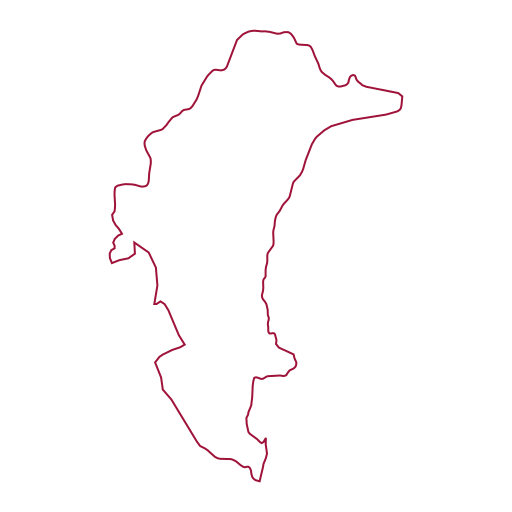 SVG path tracing the border of Yasothon
{"feature_id": "THA-428", "entity_name": "Yasothon", "entity_type": "Province", "adm_level": 1, "iso_a3": "THA", "parent_name": "Thailand", "parent_adm1": "", "projection": "natural_earth1", "projection_center": [104.368, 15.815], "detail": "fine", "context": "isolated", "style": "outline", "palette": "rose", "viewbox_px": 512, "rotation_deg": 0, "n_neighbors": 0, "source": "natural_earth", "source_scale": "10m", "svg_char_len": 3891}
<svg xmlns="http://www.w3.org/2000/svg" viewBox="0 0 512 512"><path d="M245.2,467.3L243.2,466.8L240.8,465.3L236.1,461.4L233.3,459.9L230.9,459.1L220.0,458.8L218.7,458.5L217.3,458.1L214.9,456.8L207.4,450.1L204.9,448.4L200.1,446.0L196.7,441.3L171.3,399.4L162.8,389.6L161.1,377.5L155.1,362.4L159.5,356.8L163.1,354.4L172.3,349.9L180.1,347.3L184.7,344.6L178.8,335.1L168.4,310.3L164.6,304.1L160.5,301.4L156.5,304.0L154.3,304.0L157.4,285.5L155.9,267.6L148.7,252.5L134.3,242.5L134.9,253.7L128.4,258.3L119.2,260.2L111.9,263.1L109.9,258.1L109.7,253.6L111.3,250.2L114.6,248.3L114.6,245.7L113.2,242.6L114.8,238.9L118.1,235.6L122.0,233.8L118.9,228.8L115.6,225.0L113.1,220.5L112.1,214.8L113.8,212.4L114.5,211.5L114.9,208.7L115.1,204.5L114.5,194.4L114.7,190.2L115.2,187.5L116.0,186.7L117.8,185.6L122.6,184.5L125.7,184.1L132.2,184.4L135.2,184.9L140.8,186.5L142.4,186.6L143.8,186.5L145.2,186.2L146.4,185.7L147.3,184.8L147.9,183.8L148.4,182.5L148.8,180.2L149.2,173.2L150.8,163.3L150.8,160.8L150.6,158.7L150.1,157.4L147.2,152.1L146.1,149.9L144.7,145.5L144.5,143.0L144.8,141.1L146.2,138.7L147.7,136.6L149.5,134.8L151.5,133.1L152.6,132.4L153.8,131.9L160.6,130.0L161.9,129.5L162.9,128.8L166.5,125.0L167.2,124.0L168.7,121.9L172.2,117.7L173.1,117.0L178.0,115.0L179.1,114.3L180.1,113.4L181.7,111.6L182.2,111.0L184.0,109.9L188.3,109.2L189.6,108.8L190.6,108.1L192.4,106.2L196.7,99.3L198.3,95.4L201.2,86.5L201.8,85.1L206.8,77.0L208.3,75.0L212.3,71.0L213.2,70.3L214.3,69.9L215.7,69.7L220.1,70.3L221.4,70.3L223.0,70.0L224.2,69.5L225.3,68.7L226.1,67.8L226.9,66.6L237.0,40.0L242.7,34.5L245.0,33.2L248.6,31.6L251.4,31.0L254.4,30.7L261.8,31.4L265.1,31.3L269.8,31.9L276.6,33.6L278.3,33.7L279.9,33.6L283.7,32.3L285.1,32.1L288.1,32.1L289.3,32.7L290.8,33.7L293.1,36.5L294.2,38.3L296.7,43.7L297.8,44.2L299.5,44.6L307.6,45.1L309.2,45.6L310.6,46.6L311.9,48.8L312.7,50.5L314.8,56.1L318.4,63.8L319.6,67.8L320.6,70.2L321.7,71.9L325.0,74.7L329.2,77.4L331.2,79.1L332.7,80.6L335.7,84.9L336.6,85.8L338.4,86.5L340.7,86.5L345.4,85.3L347.3,84.0L348.5,82.3L348.7,80.7L349.6,77.9L350.2,76.7L351.2,75.8L352.4,75.2L353.7,75.1L354.9,75.6L355.7,77.3L356.2,78.9L357.1,80.5L358.4,81.9L360.9,83.8L362.3,85.2L366.4,86.8L398.3,93.1L402.3,96.4L401.5,105.2L401.0,107.6L400.3,109.2L398.5,110.7L397.0,111.5L386.0,114.6L352.5,119.9L331.2,126.2L324.3,130.3L316.7,136.8L315.1,138.8L311.9,144.2L305.7,160.1L303.1,169.2L301.9,172.0L299.9,175.4L294.3,181.1L293.5,182.1L292.8,184.0L289.7,196.4L289.3,197.3L288.4,198.7L287.0,200.4L283.9,203.7L282.4,205.8L279.7,210.9L276.9,214.5L276.2,215.9L275.6,217.7L274.9,221.1L274.5,226.1L274.1,227.7L273.7,229.2L273.4,230.5L273.2,232.8L273.6,241.4L273.5,243.9L273.1,245.7L268.2,252.5L267.6,253.6L267.3,255.3L267.3,260.9L267.1,263.0L266.0,267.0L265.6,270.0L265.6,276.3L265.0,277.7L264.1,278.6L263.5,279.6L263.1,281.4L263.3,287.8L263.1,290.0L262.8,291.8L262.1,294.4L261.9,295.8L262.2,297.5L263.0,299.3L265.1,301.9L266.4,304.2L267.7,309.9L267.8,314.6L268.1,315.9L268.6,317.1L268.8,318.4L268.7,319.7L268.0,322.2L267.9,323.6L267.9,325.1L268.2,326.4L268.3,331.2L268.7,332.5L269.5,333.5L271.6,333.4L273.0,333.1L274.2,333.4L275.0,334.4L275.6,336.8L276.1,338.4L276.4,339.9L276.4,341.2L276.0,344.0L278.9,347.6L293.6,354.4L294.5,358.3L296.0,361.6L296.3,362.6L296.3,363.6L296.1,365.1L295.4,366.8L293.6,368.5L289.6,370.4L287.9,372.5L286.3,375.1L284.6,375.9L283.0,376.0L281.5,375.7L280.0,375.5L267.9,376.2L266.5,376.6L263.3,378.6L262.1,378.9L260.7,378.8L256.9,377.4L255.5,377.4L254.3,377.8L253.4,380.8L252.7,385.8L252.2,397.2L251.2,405.5L248.4,412.3L248.1,414.6L246.4,417.9L246.7,423.9L248.4,431.9L249.8,433.8L257.2,439.2L259.7,441.8L261.6,443.1L263.5,442.1L265.9,437.9L265.7,444.3L267.0,453.6L265.9,458.0L263.5,464.0L262.9,467.5L259.6,481.3L255.4,480.1L254.4,479.4L253.0,478.1L252.1,476.5L251.3,473.4L251.1,471.3L250.6,469.5L250.0,468.3L249.2,467.3L248.1,466.7L246.4,466.8L245.2,467.3Z" fill="none" stroke="#9f1239" stroke-width="2"/></svg>